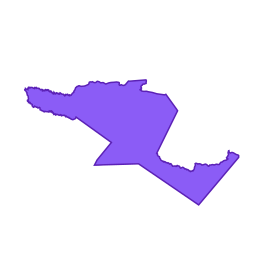 Vila Bela da Santíssima Trindade, Mato Grosso, Brazil, rotated 309°
{"feature_id": "56859067B83705117526792", "entity_name": "Vila Bela da Santíssima Trindade", "entity_type": "district", "adm_level": 2, "iso_a3": "BRA", "parent_name": "Brazil", "parent_adm1": "Mato Grosso", "projection": "mercator", "projection_center": [-59.993, -15.135], "detail": "fine", "context": "isolated", "style": "filled", "palette": "violet", "viewbox_px": 256, "rotation_deg": 309, "n_neighbors": 0, "source": "geoboundaries", "source_scale": "gbopen_adm2", "svg_char_len": 5683}
<svg xmlns="http://www.w3.org/2000/svg" viewBox="0 0 256 256"><g transform="rotate(309 128 128)"><path d="M94.2,23.5L93.9,23.7L93.1,23.6L93.0,24.0L92.7,23.9L92.4,24.2L92.5,25.2L92.3,25.8L92.0,26.4L92.0,27.1L91.2,27.7L90.7,28.6L90.4,28.7L90.1,29.2L90.1,29.9L89.8,30.5L88.9,31.4L88.7,31.5L88.3,32.1L87.1,32.8L86.8,32.9L86.4,32.4L85.8,32.7L85.6,33.1L85.6,33.5L86.1,34.1L86.0,34.4L85.2,34.8L85.8,35.8L86.1,35.9L86.0,36.2L85.5,36.3L85.4,36.7L86.0,38.1L85.9,38.9L85.1,39.3L84.8,39.9L84.9,40.6L84.5,41.4L85.0,41.8L86.2,41.7L86.3,42.4L86.6,43.0L86.4,43.7L87.1,44.6L86.8,45.2L87.0,45.6L88.2,46.1L88.2,47.0L87.2,47.8L86.8,48.4L87.2,49.1L87.1,49.8L87.6,50.8L87.6,51.9L88.1,52.2L87.9,52.8L89.0,53.5L89.2,54.1L90.3,55.5L90.2,55.9L90.6,56.4L90.9,56.4L91.0,56.0L91.4,56.1L91.2,56.5L91.4,56.9L91.6,57.0L91.9,56.6L92.0,56.9L91.6,57.4L91.9,57.8L92.1,57.5L92.3,57.6L92.9,57.4L93.1,57.7L92.9,57.9L93.0,58.3L92.8,58.6L93.1,58.8L92.9,59.6L92.6,59.4L92.6,59.0L92.2,59.3L92.3,59.7L92.6,59.8L92.3,60.7L92.4,60.9L92.6,61.1L92.5,61.6L92.0,61.8L92.4,62.1L92.6,62.7L92.9,62.5L93.1,62.7L92.8,63.1L93.0,63.3L92.6,63.6L93.0,63.9L93.3,63.8L93.7,63.9L94.1,64.5L94.3,65.6L94.5,65.8L94.5,66.5L95.0,66.8L95.9,67.1L96.1,67.7L96.0,68.5L95.6,68.4L95.6,68.7L97.1,69.5L97.3,70.2L98.0,70.8L97.7,71.6L97.7,72.0L98.2,72.4L97.7,72.8L98.2,73.2L98.4,73.7L98.3,74.0L98.6,75.0L98.9,75.1L99.0,75.4L98.7,75.7L98.7,76.0L99.1,77.1L99.1,78.2L99.6,79.7L100.0,80.1L102.2,81.2L103.2,81.0L103.8,80.8L106.3,124.2L83.7,124.1L78.0,125.3L80.9,128.7L83.7,131.8L106.8,158.7L112.7,231.3L174.8,232.5L176.2,231.4L176.3,230.6L175.5,228.7L175.1,225.8L174.7,224.6L174.3,224.0L173.1,223.4L172.8,222.9L173.1,221.4L173.9,220.7L173.6,220.5L173.4,220.6L171.9,221.2L171.3,221.8L171.0,222.5L170.6,222.8L169.2,223.1L168.8,223.3L168.1,223.2L167.3,223.4L166.9,223.3L166.6,223.9L166.7,224.2L166.4,224.4L166.6,225.0L165.7,224.7L165.3,224.8L165.0,224.7L164.5,224.2L164.2,224.1L163.5,223.4L162.8,223.0L160.8,222.5L160.4,222.3L160.0,221.8L158.9,221.7L157.2,221.9L156.2,220.9L155.9,220.0L155.2,219.2L154.5,218.9L153.4,218.1L153.0,217.1L152.6,216.5L151.5,215.8L150.7,214.8L149.9,214.8L149.3,214.9L149.0,214.7L148.9,214.2L149.1,212.3L148.8,211.1L148.5,210.7L147.5,210.1L147.0,209.7L146.4,209.4L146.1,208.9L145.9,208.8L145.7,208.5L145.8,207.3L145.0,205.7L143.9,204.9L143.9,204.2L143.4,203.0L143.1,202.8L142.5,202.6L141.7,203.6L141.4,203.8L139.2,204.4L138.8,204.8L137.4,205.4L135.6,205.5L135.4,204.9L134.8,204.9L134.5,204.7L134.1,204.0L133.9,203.8L133.5,204.0L133.3,203.6L133.5,202.9L133.1,202.2L133.2,201.8L133.4,201.6L133.3,200.5L132.9,200.1L132.6,200.1L132.5,199.9L132.7,198.6L132.2,198.3L131.9,197.8L132.2,196.4L132.1,195.8L131.9,195.2L130.1,194.3L129.9,194.0L130.0,193.2L130.3,192.9L130.6,192.3L130.6,191.9L129.9,190.3L129.9,189.9L129.6,189.7L128.8,189.9L128.5,189.6L128.3,189.4L128.4,188.9L127.9,188.5L127.8,188.1L127.3,187.8L126.7,187.0L126.7,186.6L126.4,186.5L126.8,185.7L126.9,184.5L127.3,183.8L126.9,183.3L126.3,183.2L126.1,182.9L126.4,181.5L125.7,181.0L125.8,180.7L125.6,180.1L125.0,179.5L125.2,178.6L124.9,177.7L124.2,177.5L124.1,177.2L124.5,176.6L123.9,176.0L124.0,175.4L123.7,174.2L123.9,173.4L124.3,172.8L124.4,171.8L124.7,171.6L125.0,170.9L125.5,170.4L125.2,169.6L125.2,168.9L125.6,167.8L125.9,167.5L126.3,167.4L126.5,167.0L126.4,166.2L172.6,155.7L173.2,153.9L178.0,136.2L176.8,135.6L172.8,129.0L170.9,124.5L168.8,120.7L168.3,119.4L166.4,117.2L165.6,115.9L165.3,115.0L165.4,114.3L165.2,113.6L165.3,113.3L165.6,113.3L166.2,113.9L166.3,113.6L166.7,113.3L167.5,113.4L167.7,113.2L167.9,112.4L168.2,112.0L169.4,111.8L170.1,112.1L171.2,111.9L172.0,112.5L172.2,112.9L173.3,113.5L174.0,114.0L174.3,113.7L176.2,112.6L176.7,111.7L165.7,100.1L164.7,98.8L160.6,98.7L159.4,98.5L158.5,98.0L157.8,97.0L157.4,95.5L157.2,95.3L156.4,95.1L156.0,94.7L155.9,94.4L156.2,93.7L157.3,93.1L157.7,92.6L157.7,92.2L157.1,91.1L156.5,90.1L154.6,88.2L152.7,86.1L151.0,84.7L148.3,83.1L148.1,82.7L147.8,80.7L147.6,80.0L146.0,78.4L145.8,77.9L145.9,77.0L145.2,75.0L144.7,74.6L143.3,74.4L142.7,74.0L141.9,72.9L141.6,71.2L140.8,70.8L140.4,70.0L139.5,69.2L139.1,69.1L138.0,69.7L137.3,69.8L136.7,69.7L134.0,68.3L133.0,67.6L131.0,65.5L130.6,64.8L130.1,63.4L129.9,63.2L128.9,62.8L128.3,62.3L127.8,62.2L127.4,62.3L126.7,62.0L126.1,62.0L125.0,62.5L123.8,62.8L123.4,62.7L122.9,62.8L121.7,63.1L121.5,63.4L119.9,62.9L117.9,63.2L117.8,62.9L117.2,62.5L116.5,62.5L116.6,61.9L116.9,61.6L116.7,61.4L116.1,61.4L115.8,61.2L115.9,60.4L116.2,59.8L116.0,59.6L115.3,59.4L114.9,58.4L114.6,58.3L113.9,58.9L113.2,58.6L113.4,58.1L113.2,57.7L113.6,56.8L113.5,56.3L112.8,55.6L112.7,55.1L112.6,53.0L112.3,53.0L111.7,53.6L111.2,53.5L111.1,52.9L110.7,52.7L110.7,52.4L111.0,51.8L110.9,51.6L110.5,51.5L110.3,51.4L110.2,51.0L110.4,50.8L110.5,50.4L110.0,50.1L109.1,50.3L108.6,50.0L108.9,49.6L108.7,49.3L108.8,48.9L109.1,48.8L109.2,48.1L108.6,48.6L108.1,48.3L107.5,48.5L107.4,48.2L107.5,47.9L108.0,47.5L107.5,46.5L108.0,46.1L108.0,45.4L108.2,45.0L108.2,44.7L107.7,44.7L107.8,45.0L107.4,45.1L107.1,44.9L107.0,44.5L107.5,44.5L107.1,43.9L107.0,43.4L107.3,43.2L107.6,42.4L107.3,42.3L106.9,42.5L106.8,41.8L107.1,41.4L106.8,41.2L106.4,41.3L106.0,41.2L105.9,40.7L106.2,40.2L106.1,39.8L105.8,39.6L105.1,39.6L104.5,39.9L104.4,39.6L104.7,39.2L104.5,38.9L103.9,38.9L103.6,38.6L103.2,38.5L103.0,38.2L104.0,37.5L103.8,36.7L103.3,36.6L102.7,36.1L102.6,35.8L102.9,34.2L102.4,33.8L102.3,33.3L102.4,33.0L101.2,31.9L101.3,31.7L101.6,31.6L101.8,31.1L101.6,30.9L100.2,30.5L100.6,30.2L100.6,29.9L100.2,29.9L99.9,30.3L99.3,29.4L99.3,28.3L98.9,27.6L98.7,27.3L97.9,27.0L97.9,26.7L98.0,26.4L97.9,26.1L97.2,26.1L97.0,25.2L96.1,25.8L95.9,25.6L95.8,25.2L95.1,25.5L94.8,25.9L94.2,24.5L94.2,23.5Z" fill="#8b5cf6" stroke="#5b21b6" stroke-width="1.5"/></g></svg>